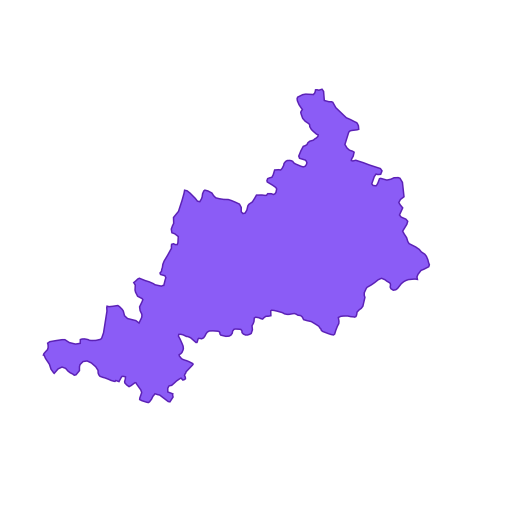 outline of Idleb, Idlib, Syria, rotated 110°
{"feature_id": "27442178B9567094438554", "entity_name": "Idleb", "entity_type": "district", "adm_level": 2, "iso_a3": "SYR", "parent_name": "Syria", "parent_adm1": "Idlib", "projection": "albers", "projection_center": [36.811, 35.88], "detail": "fine", "context": "isolated", "style": "filled", "palette": "violet", "viewbox_px": 512, "rotation_deg": 110, "n_neighbors": 0, "source": "geoboundaries", "source_scale": "gbopen_adm2", "svg_char_len": 6132}
<svg xmlns="http://www.w3.org/2000/svg" viewBox="0 0 512 512"><g transform="rotate(110 256 256)"><path d="M222.8,96.3L220.6,97.6L217.8,97.5L213.1,96.0L210.9,93.6L207.0,90.0L204.9,90.1L203.3,91.5L200.8,93.2L198.0,95.8L196.6,98.0L195.6,102.1L194.0,104.8L192.9,109.0L192.0,116.4L190.4,118.4L187.3,120.7L184.7,124.2L182.5,126.7L174.7,125.1L171.5,125.3L170.1,127.8L169.8,132.9L168.4,135.2L160.6,134.6L158.6,138.0L156.9,140.1L153.5,139.6L149.7,137.2L136.7,143.6L133.7,147.3L133.7,149.2L135.3,153.1L137.7,155.5L139.9,159.0L140.4,165.4L141.1,166.4L144.9,166.4L147.3,166.6L149.0,167.2L149.7,170.1L148.6,171.9L140.9,172.0L137.9,171.2L137.8,169.4L136.6,166.8L132.9,166.7L131.3,169.0L131.7,180.9L131.6,186.8L131.9,195.0L133.6,197.5L133.7,199.1L132.0,199.3L129.0,198.8L124.9,199.3L124.5,201.1L124.6,204.3L123.4,207.4L120.8,210.6L107.9,211.2L106.1,210.3L105.2,208.8L102.8,204.1L101.8,202.8L98.6,204.3L97.2,205.7L96.3,206.9L96.1,209.3L95.5,213.8L95.2,218.5L89.3,231.8L85.3,236.4L85.2,237.8L86.1,240.3L86.5,245.0L78.2,248.8L76.7,251.0L78.7,253.6L78.9,255.5L79.5,256.9L81.1,256.6L83.1,256.6L83.9,257.1L84.6,257.2L86.9,264.7L88.4,267.3L92.5,271.2L94.1,271.2L96.0,270.2L99.1,267.3L101.2,264.5L102.5,262.5L104.7,263.1L105.9,263.0L107.6,261.8L110.7,259.2L112.5,256.0L113.6,251.7L114.3,250.5L116.1,249.7L118.2,247.2L119.3,244.8L120.8,240.8L120.9,239.0L122.5,238.7L124.5,239.7L125.7,240.7L127.5,241.7L129.8,244.8L131.9,246.0L133.9,246.2L135.5,247.5L136.8,249.1L141.8,249.8L147.5,250.0L149.3,248.5L149.0,242.5L149.6,241.3L150.9,240.1L152.7,239.9L154.9,240.5L156.1,242.0L156.3,244.3L156.0,250.5L155.5,252.5L154.5,253.9L154.4,255.7L154.7,257.1L155.6,259.3L157.0,260.5L159.4,261.3L161.4,261.0L164.8,261.4L166.8,262.3L167.1,264.1L168.8,267.9L173.8,267.6L176.6,268.0L177.8,269.8L179.3,271.5L181.5,271.5L182.6,270.7L183.8,264.5L184.8,260.9L185.9,259.5L189.5,259.0L191.3,259.6L192.3,260.8L192.2,262.8L193.4,266.3L195.4,266.9L196.0,268.3L196.6,271.1L198.6,276.4L202.2,277.0L206.4,277.9L209.9,280.4L211.7,280.8L216.0,280.3L219.4,280.9L220.6,282.8L219.5,285.0L215.4,286.5L212.9,289.3L212.5,293.9L212.3,298.1L212.4,301.3L213.9,305.8L214.7,309.9L215.1,313.7L213.8,316.5L211.9,319.0L211.3,323.4L211.6,326.6L212.7,327.3L215.7,327.5L219.0,326.8L221.0,326.8L224.2,327.4L224.5,329.8L222.6,332.8L219.5,339.4L218.3,343.0L218.6,345.6L221.5,345.1L229.1,344.5L240.6,344.1L248.0,346.7L253.5,344.5L255.9,344.8L259.7,344.8L262.9,343.0L262.9,340.0L264.3,335.7L270.3,333.9L272.2,333.9L272.9,335.7L272.7,337.7L273.9,339.3L275.9,338.8L277.6,338.1L285.5,339.3L292.1,340.6L295.6,340.7L299.0,340.0L300.8,340.0L302.7,339.6L304.8,340.4L306.0,339.4L305.7,334.9L307.2,333.3L309.6,333.2L315.2,332.6L315.6,333.5L316.7,334.6L317.6,341.2L317.1,342.8L316.8,347.6L317.0,351.7L316.8,358.0L318.0,359.2L321.2,360.8L322.8,361.8L324.6,359.5L329.4,358.0L331.2,356.8L334.3,353.5L335.0,348.5L335.7,347.4L337.5,347.4L343.6,348.0L347.0,346.2L349.6,343.5L351.0,342.8L352.9,342.4L359.0,343.0L357.8,346.8L358.7,355.3L357.1,359.1L353.1,361.9L351.9,363.5L350.3,366.9L349.8,368.9L352.3,373.5L353.9,376.8L354.1,378.8L355.5,378.6L358.8,377.2L380.3,373.0L386.0,372.9L387.5,373.6L390.1,377.6L391.5,381.2L392.2,383.5L392.0,385.2L392.3,387.3L392.6,388.9L393.5,391.1L394.6,392.5L398.2,391.3L400.5,395.5L401.2,401.8L400.0,407.0L400.9,409.5L403.9,415.0L407.0,420.4L409.2,422.0L410.6,421.0L413.1,420.0L415.3,419.9L418.1,421.1L420.3,421.9L421.8,421.9L421.7,421.2L424.2,418.8L428.4,413.1L432.5,409.9L435.0,406.2L435.3,405.5L429.7,403.3L426.7,400.3L426.7,396.5L428.5,393.2L429.3,390.6L429.6,387.8L430.2,386.0L429.2,384.5L424.1,382.7L420.5,384.0L418.2,384.2L414.3,382.4L412.4,378.8L412.8,374.1L414.9,368.7L417.5,365.3L420.0,364.3L421.4,363.1L422.4,361.5L422.4,358.1L422.2,356.3L422.3,352.2L422.5,349.6L422.3,346.8L422.1,345.6L420.9,345.1L420.9,341.8L416.1,341.1L414.9,340.7L414.4,339.3L414.2,337.3L416.3,336.7L418.9,336.5L420.1,335.9L421.4,333.4L422.2,330.6L420.4,329.0L416.4,326.4L416.3,325.3L417.0,324.6L421.2,318.5L423.0,317.0L423.6,316.7L429.3,316.6L430.7,316.2L431.0,313.7L430.8,309.0L430.6,307.1L429.5,306.2L426.3,305.2L423.2,304.9L421.3,304.2L420.0,303.8L419.9,301.0L419.6,299.0L422.8,288.7L422.5,287.0L416.9,285.7L415.0,286.9L414.0,287.0L413.9,292.4L410.4,293.7L408.1,293.4L407.5,292.9L406.4,291.0L402.9,289.1L400.7,288.0L397.6,285.8L396.4,284.7L397.6,282.3L396.7,281.1L395.5,280.3L394.0,281.0L392.8,282.3L391.5,282.4L389.9,282.0L388.7,282.1L380.5,278.5L379.4,278.1L378.7,278.6L378.2,282.9L378.1,285.5L378.2,286.8L378.2,289.9L377.6,291.5L376.1,293.9L375.0,294.5L373.6,293.3L372.0,292.6L369.3,292.4L367.8,292.6L365.6,293.7L363.8,295.3L360.0,299.0L357.8,301.5L356.1,301.8L355.3,300.0L355.0,297.5L355.4,293.9L355.0,292.4L355.2,289.5L357.8,282.8L357.4,281.9L355.8,281.9L354.1,282.1L353.0,281.7L352.6,280.3L352.4,278.8L350.9,277.3L349.0,276.7L346.0,276.3L344.1,275.7L342.4,274.2L341.1,271.0L339.7,266.1L339.7,264.5L340.4,263.8L341.6,263.2L342.4,262.0L341.8,256.8L340.5,253.9L338.9,252.5L336.7,251.9L334.6,252.3L332.4,251.6L331.6,250.3L330.5,246.6L330.2,245.2L331.1,243.7L332.8,242.9L333.7,241.1L333.8,238.7L333.1,236.9L331.6,235.0L330.4,234.0L326.6,234.1L322.9,235.9L320.3,235.5L318.3,235.5L314.9,236.4L313.6,235.4L313.0,232.1L313.2,229.9L313.0,228.2L311.2,227.4L309.3,226.1L308.3,223.7L307.0,221.6L302.5,223.4L301.6,222.8L301.0,220.5L300.6,217.3L300.2,212.0L300.6,209.4L300.2,206.7L299.5,204.9L297.7,201.8L296.9,200.2L296.9,198.5L297.3,196.4L296.7,193.7L297.5,191.6L299.5,189.5L299.3,186.2L298.7,181.6L299.7,176.5L300.5,173.0L302.0,171.0L302.5,169.9L303.6,169.1L304.1,167.4L304.2,161.6L304.1,158.6L303.7,156.2L302.5,155.4L298.6,155.6L294.2,155.5L291.2,155.1L289.0,155.7L285.6,157.6L283.7,155.7L282.5,153.3L281.0,149.3L280.6,146.3L279.8,143.4L279.7,142.4L278.7,141.4L277.3,141.3L275.8,141.5L274.3,141.9L271.2,140.6L269.2,139.2L266.6,138.4L257.6,139.5L256.0,140.8L253.5,141.7L248.6,141.3L247.4,140.9L243.9,137.9L240.4,135.4L236.6,133.1L234.8,131.3L234.0,130.3L234.2,126.6L234.9,124.5L235.5,121.2L236.1,120.3L237.2,119.7L239.3,119.3L240.6,118.0L241.2,115.3L239.9,113.1L238.1,111.9L232.3,110.0L229.6,108.4L227.8,106.8L226.1,104.8L224.0,100.4L223.2,98.5L222.8,96.3Z" fill="#8b5cf6" stroke="#5b21b6" stroke-width="1.5"/></g></svg>